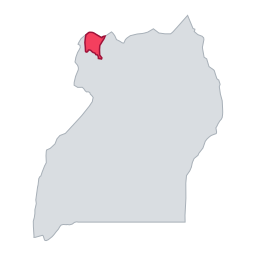 Uganda, with Yumbe highlighted
{"feature_id": "UGA-3086", "entity_name": "Yumbe", "entity_type": "District", "adm_level": 1, "iso_a3": "UGA", "parent_name": "Uganda", "parent_adm1": "", "projection": "robinson", "projection_center": [31.315, 3.455], "detail": "fine", "context": "in_parent", "style": "filled", "palette": "rose", "viewbox_px": 256, "rotation_deg": 0, "n_neighbors": 0, "source": "natural_earth", "source_scale": "10m", "svg_char_len": 2617}
<svg xmlns="http://www.w3.org/2000/svg" viewBox="0 0 256 256"><path d="M185.1,222.1L181.3,222.1L175.1,222.1L168.9,222.1L162.7,222.1L156.4,222.1L150.2,222.1L144.0,222.1L137.8,222.1L131.6,222.1L125.4,222.1L119.1,222.1L112.9,222.1L106.7,222.1L100.5,222.1L94.3,222.1L88.1,222.1L81.8,222.1L78.2,222.1L77.4,222.0L76.9,221.8L74.6,222.3L72.2,224.1L69.6,224.8L66.8,224.5L66.5,224.7L65.1,224.6L63.1,224.5L61.2,225.0L59.9,226.5L58.4,229.1L55.9,232.1L53.9,234.7L52.2,236.6L48.3,239.7L46.2,240.6L45.2,240.5L44.5,239.9L43.3,236.0L42.5,235.3L35.0,237.4L33.9,237.4L34.0,236.2L33.4,226.8L33.3,221.1L34.3,217.6L34.9,213.4L34.9,209.8L36.3,203.6L35.8,199.9L37.6,186.9L38.1,184.8L38.8,178.6L39.9,176.6L40.9,175.9L42.2,172.0L44.6,165.9L46.3,162.7L46.0,155.8L46.3,151.1L46.6,150.0L50.3,148.3L55.0,143.9L57.0,138.8L59.9,135.5L65.4,133.4L81.6,115.8L89.2,106.3L92.4,101.5L92.6,99.8L93.2,97.5L91.9,95.7L90.3,94.1L89.8,92.6L88.4,91.8L86.5,91.9L85.2,90.8L83.7,88.6L82.3,87.3L77.7,87.4L74.1,85.2L74.2,82.3L75.6,76.4L78.3,69.7L78.4,67.9L78.0,66.3L77.4,65.0L76.2,63.6L75.0,62.0L75.9,57.2L77.6,52.5L79.0,50.1L80.3,47.5L80.0,45.3L78.0,44.2L79.0,42.1L81.1,38.6L85.3,35.0L88.9,32.6L91.4,32.6L96.1,34.5L100.4,36.7L102.7,36.8L105.6,35.9L111.5,31.9L112.9,33.2L114.7,35.6L116.5,39.6L120.2,41.5L122.0,42.7L123.3,43.1L124.0,42.8L125.4,39.6L127.1,37.9L130.3,35.7L137.2,34.0L142.2,33.5L144.3,33.1L147.8,32.1L153.4,28.8L158.9,33.0L164.8,33.8L170.6,33.8L172.3,32.5L173.3,31.5L179.4,24.7L187.6,15.4L193.0,28.5L194.9,29.2L194.7,30.4L194.2,31.5L197.8,34.6L202.2,36.3L203.7,37.9L203.9,39.7L202.4,47.3L202.7,49.5L204.1,57.2L206.7,58.9L209.0,66.6L213.7,69.9L214.4,70.9L215.5,74.6L216.9,78.7L218.0,79.7L218.7,79.9L220.1,84.3L219.3,86.7L220.4,94.1L222.2,100.8L222.6,108.7L222.7,112.2L222.6,114.4L222.2,117.4L221.4,119.1L219.9,120.8L218.2,123.5L216.8,126.4L215.9,127.8L216.6,132.0L216.4,133.2L216.0,133.7L213.9,134.4L211.2,135.5L209.5,136.7L207.2,138.8L205.3,141.2L202.9,148.1L198.7,153.5L198.0,155.3L194.1,158.5L192.4,162.4L191.3,167.3L189.8,170.8L186.5,175.6L185.8,183.1L185.9,198.2L185.0,215.4L185.1,222.1Z" fill="#d9dde1" stroke="#a8b0b8" stroke-width="1"/><path d="M101.9,37.7L102.3,37.3L102.7,36.7L103.3,36.4L105.1,36.1L104.1,38.6L102.3,41.4L99.8,45.5L99.5,49.7L99.7,55.0L101.9,57.9L101.5,59.0L98.4,58.5L98.3,56.7L97.5,55.0L96.6,54.8L95.8,54.6L95.3,53.6L94.7,53.0L92.9,52.4L91.5,51.2L90.8,50.4L89.8,50.1L88.9,49.9L88.2,50.3L87.9,51.3L87.2,51.9L86.2,52.1L85.5,51.3L85.3,46.9L84.9,42.6L85.4,37.4L86.0,34.7L86.3,34.6L87.3,33.7L88.6,32.6L89.5,32.3L91.1,32.3L92.6,32.5L93.9,33.0L96.8,34.8L101.3,37.5L101.9,37.7Z" fill="#f43f5e" stroke="#9f1239" stroke-width="1.5"/></svg>